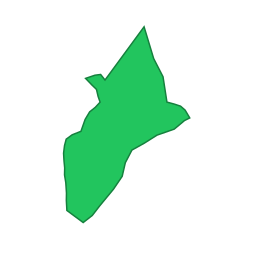 the district of Sertãozinho, Paraíba, Brazil, rotated 103°
{"feature_id": "56859067B84212218420473", "entity_name": "Sertãozinho", "entity_type": "district", "adm_level": 2, "iso_a3": "BRA", "parent_name": "Brazil", "parent_adm1": "Paraíba", "projection": "albers", "projection_center": [-35.418, -6.737], "detail": "fine", "context": "isolated", "style": "filled", "palette": "green", "viewbox_px": 256, "rotation_deg": 103, "n_neighbors": 0, "source": "geoboundaries", "source_scale": "gbopen_adm2", "svg_char_len": 677}
<svg xmlns="http://www.w3.org/2000/svg" viewBox="0 0 256 256"><g transform="rotate(103 128 128)"><path d="M222.1,169.0L230.2,150.4L221.2,143.1L210.3,138.1L190.9,128.4L176.4,122.8L162.4,122.8L148.6,119.2L139.0,108.6L128.4,98.1L118.7,82.7L108.0,74.6L104.3,70.1L97.7,76.4L94.9,81.7L94.3,88.1L94.0,95.9L70.2,105.4L54.6,118.6L25.8,135.1L80.9,158.8L86.4,161.2L82.0,166.7L84.0,172.1L89.2,180.5L94.3,172.7L97.5,167.4L104.0,164.2L109.1,161.0L115.2,164.5L120.9,169.0L129.3,171.7L141.8,173.1L147.2,180.9L152.8,185.7L159.4,185.9L167.1,185.1L174.6,182.9L181.2,180.7L188.0,179.3L195.3,176.3L205.3,173.3L212.4,171.8L222.1,169.0Z" fill="#22c55e" stroke="#15803d" stroke-width="1.5"/></g></svg>